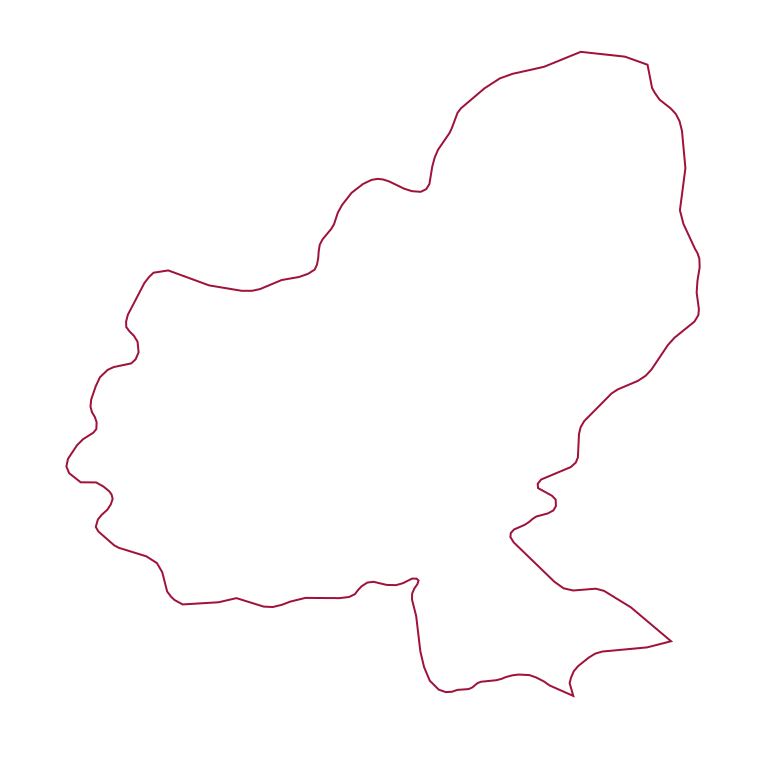 map outline of Mures (Natural Earth projection), rotated 357°
{"feature_id": "ROU-299", "entity_name": "Mures", "entity_type": "County", "adm_level": 1, "iso_a3": "ROU", "parent_name": "Romania", "parent_adm1": "", "projection": "natural_earth1", "projection_center": [24.648, 46.583], "detail": "fine", "context": "isolated", "style": "outline", "palette": "rose", "viewbox_px": 768, "rotation_deg": 357, "n_neighbors": 0, "source": "natural_earth", "source_scale": "10m", "svg_char_len": 2562}
<svg xmlns="http://www.w3.org/2000/svg" viewBox="0 0 768 768"><g transform="rotate(357 384 384)"><path d="M76.0,466.3L65.0,456.7L62.5,449.8L64.5,442.2L74.3,429.0L80.7,423.3L91.2,417.4L94.4,413.9L95.0,407.0L93.5,401.8L90.9,396.9L89.7,391.2L90.8,384.1L96.0,371.2L100.7,362.4L108.8,355.4L115.1,352.9L132.6,350.2L137.3,346.3L140.6,339.5L140.1,328.9L136.8,322.8L132.5,318.0L129.6,313.6L129.7,308.2L131.9,301.3L150.0,270.6L155.2,264.6L159.7,260.8L174.5,259.3L214.6,276.4L246.8,283.5L257.4,284.0L265.2,282.7L287.3,274.8L304.6,272.7L313.9,270.0L320.8,266.1L323.4,261.1L324.9,254.8L325.7,248.3L327.1,241.6L330.2,236.3L339.4,226.4L342.4,221.9L346.9,210.4L351.6,202.9L361.7,191.3L373.6,183.1L382.3,179.5L388.3,178.8L393.8,179.7L399.8,182.0L414.1,189.9L422.0,192.9L430.7,194.0L436.4,191.6L439.8,186.7L443.6,169.3L446.4,160.7L450.2,152.9L462.4,137.0L464.9,132.5L471.6,117.1L475.3,112.7L499.8,94.0L515.6,84.9L528.5,81.0L560.4,75.6L597.8,62.6L641.7,69.7L663.9,79.0L667.2,102.5L669.8,107.6L674.0,114.4L684.9,124.0L689.6,129.7L692.9,137.0L694.8,146.8L696.3,184.2L688.6,226.0L691.4,239.8L701.7,265.4L703.9,269.7L705.5,275.4L705.3,284.1L702.4,297.5L701.0,309.1L702.4,325.8L701.5,331.7L697.3,337.9L676.5,353.0L669.5,360.0L651.9,383.5L645.8,389.4L637.8,394.1L617.0,401.7L610.7,405.4L582.0,431.5L578.1,437.4L576.1,444.2L573.8,467.4L571.4,472.5L566.2,476.7L535.9,487.6L532.3,491.7L532.4,496.0L545.9,504.4L549.4,508.4L549.3,514.9L546.5,519.1L540.9,521.8L529.2,524.3L525.2,526.6L521.6,529.4L516.9,532.1L506.2,536.1L502.8,539.5L502.2,543.4L505.2,548.9L543.7,590.3L552.6,597.4L562.1,600.1L584.8,599.5L592.9,602.1L618.8,619.9L657.2,655.9L632.8,660.8L588.0,662.6L580.8,664.3L574.2,667.9L563.3,675.7L558.5,680.7L555.3,687.3L553.7,692.4L556.7,705.4L533.4,693.6L528.3,689.5L520.5,685.0L514.0,682.3L503.2,681.2L496.6,681.7L490.2,683.1L486.0,684.6L480.6,685.7L465.4,686.4L461.7,687.6L456.4,691.6L452.6,693.1L441.3,693.3L435.7,694.9L429.5,694.9L422.7,692.1L414.2,682.7L409.2,668.8L406.3,652.9L404.0,617.5L400.7,600.8L401.1,594.9L403.5,589.9L406.9,585.6L408.2,582.1L406.4,580.1L401.9,579.8L392.5,583.9L385.5,585.5L376.2,584.8L363.3,581.0L357.0,581.4L351.1,584.8L347.4,588.3L344.0,592.3L337.9,594.9L328.3,595.5L294.2,593.5L279.0,596.4L270.7,599.1L261.3,600.9L252.2,600.0L225.4,590.1L207.5,593.3L171.4,593.6L163.6,588.8L160.3,585.4L156.6,579.9L152.7,560.4L147.9,551.0L137.7,543.7L110.8,533.8L106.0,530.9L91.0,516.3L88.7,511.6L91.2,504.3L95.1,500.0L101.2,495.0L104.9,489.9L107.0,484.6L106.2,480.2L104.2,477.0L98.5,471.7L91.3,467.2L76.0,466.3Z" fill="none" stroke="#9f1239" stroke-width="2"/></g></svg>